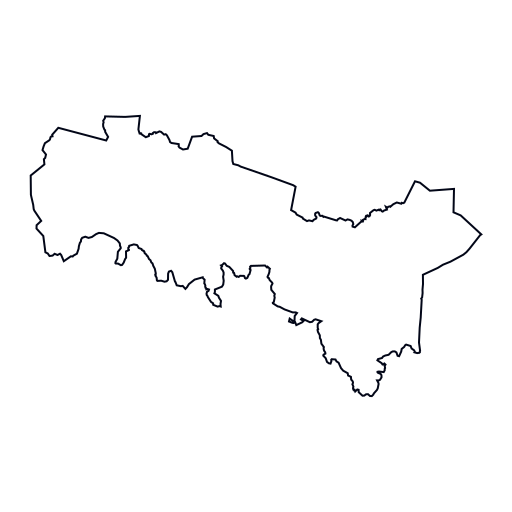 the district of Zvirgzdenes pag., Ciblas, Latvia
{"feature_id": "27541924B83087939381555", "entity_name": "Zvirgzdenes pag.", "entity_type": "district", "adm_level": 2, "iso_a3": "LVA", "parent_name": "Latvia", "parent_adm1": "Ciblas", "projection": "orthographic", "projection_center": [27.712, 56.569], "detail": "fine", "context": "isolated", "style": "outline", "palette": "ink", "viewbox_px": 512, "rotation_deg": 0, "n_neighbors": 0, "source": "geoboundaries", "source_scale": "gbopen_adm2", "svg_char_len": 6066}
<svg xmlns="http://www.w3.org/2000/svg" viewBox="0 0 512 512"><path d="M44.4,164.4L30.7,175.5L30.9,194.7L31.2,196.2L33.2,204.8L33.7,209.1L34.3,210.6L41.2,220.9L36.6,225.2L36.5,228.6L43.3,236.0L45.4,252.3L47.8,253.5L49.5,256.0L52.6,255.6L54.6,253.8L57.5,255.0L60.0,253.7L61.2,255.0L63.8,261.2L70.9,256.3L72.7,256.5L73.3,255.7L76.9,253.7L78.6,248.8L78.9,246.2L79.9,242.8L80.9,241.5L81.1,239.5L82.2,237.8L85.3,236.7L88.5,237.9L91.9,237.0L96.1,234.1L98.9,232.9L103.8,233.3L114.0,238.0L117.5,240.5L119.8,243.4L120.0,245.7L120.7,247.3L120.7,248.3L117.9,251.8L117.3,258.7L115.5,262.0L115.4,263.2L115.7,263.5L118.1,263.6L120.9,265.2L122.1,264.9L123.7,262.6L125.1,259.1L126.1,257.7L126.0,251.4L128.9,250.1L128.9,249.6L128.3,249.1L128.3,247.7L129.0,247.0L129.2,245.8L133.8,244.4L136.9,245.0L137.5,245.6L138.7,248.0L141.5,249.0L142.0,250.1L143.7,250.8L143.6,251.3L144.5,252.0L144.7,253.2L146.4,254.6L146.8,255.7L147.7,256.2L149.0,259.0L150.5,260.3L151.3,262.4L152.5,263.4L153.3,265.9L154.8,268.7L155.8,273.4L155.7,274.1L155.3,274.4L155.7,275.2L155.4,275.7L156.6,277.6L156.9,280.3L157.4,280.9L161.2,280.7L164.5,281.7L166.6,281.3L168.0,279.8L168.1,273.7L168.4,272.8L168.9,271.6L171.1,270.8L172.3,272.2L175.0,281.6L175.4,281.9L176.7,285.3L180.9,286.2L182.7,285.9L185.4,288.9L187.0,287.2L188.9,284.1L194.6,279.6L202.7,277.3L202.8,278.0L204.6,279.7L204.3,283.5L204.9,284.2L205.4,285.9L205.2,286.4L205.5,287.8L206.1,288.1L206.3,289.3L207.5,289.0L209.0,289.5L208.5,290.9L207.0,291.8L206.5,293.8L206.8,295.2L207.3,295.6L207.9,297.1L211.0,301.9L213.1,303.3L213.2,304.8L217.6,306.6L219.5,306.1L220.7,306.5L220.5,304.0L221.0,300.9L219.0,297.8L218.3,295.8L214.4,293.3L214.9,292.1L214.9,289.5L221.9,286.7L223.2,284.6L223.7,280.8L223.1,276.8L223.6,274.5L223.6,272.5L222.9,270.7L221.2,268.5L221.3,267.4L222.0,266.4L221.1,265.4L222.2,265.0L224.0,263.2L225.0,263.5L226.7,265.8L229.3,266.9L233.1,271.0L233.2,272.6L234.1,273.0L234.6,275.2L236.6,276.7L237.1,276.3L238.7,276.9L240.1,275.8L243.9,275.9L244.3,276.2L245.0,278.1L245.9,278.6L247.3,277.9L248.7,274.7L249.5,274.1L250.6,270.0L249.8,269.3L249.7,268.7L250.4,267.9L250.1,266.7L250.9,265.9L265.0,265.5L267.0,267.4L267.6,266.7L269.9,268.8L269.5,269.6L269.4,271.9L268.8,273.9L267.5,276.9L267.9,277.7L268.8,278.0L269.7,280.1L272.2,282.7L272.5,283.6L271.3,285.8L271.1,286.9L271.3,289.8L274.8,294.0L274.3,295.8L274.7,297.6L273.8,302.0L272.8,302.8L272.9,303.3L277.7,306.4L279.7,306.8L284.5,309.4L292.7,312.4L295.8,312.4L297.0,313.0L294.7,316.0L294.5,320.9L292.9,320.9L289.7,318.6L289.0,321.5L292.3,322.8L293.6,323.0L295.2,322.3L296.3,325.1L302.2,322.3L303.5,321.0L301.0,319.4L301.8,318.4L309.9,322.2L312.1,321.8L314.1,319.8L315.6,319.3L321.3,321.2L318.6,323.1L317.7,324.3L317.7,327.9L318.2,329.2L317.5,329.9L318.0,332.0L319.8,335.3L319.9,338.1L320.9,339.8L321.4,343.7L323.9,347.1L323.6,347.8L323.7,349.2L324.1,350.7L325.2,352.3L325.4,353.6L323.5,354.7L323.3,355.7L325.7,358.2L327.0,361.9L328.9,363.3L330.5,363.6L331.4,361.1L331.2,359.8L331.7,359.2L335.5,359.5L336.5,361.4L338.6,362.7L341.0,368.1L343.2,370.7L347.7,373.2L348.1,375.5L350.9,376.8L351.2,379.6L352.4,380.9L353.0,382.2L352.8,383.6L352.4,384.2L353.4,386.7L353.0,388.1L353.3,389.3L353.6,389.2L354.0,390.2L354.6,390.0L355.2,391.5L357.3,389.5L358.6,389.8L358.7,392.2L362.5,395.7L364.3,395.6L366.0,394.3L368.0,394.2L370.0,396.0L371.8,396.1L373.4,394.5L373.7,393.6L376.9,390.0L377.7,388.5L378.6,384.0L378.4,382.9L377.1,380.4L378.9,380.4L380.0,379.8L381.5,377.4L381.5,375.8L381.3,374.8L380.6,373.9L378.0,372.8L377.5,372.3L377.5,371.8L378.9,371.5L383.7,372.1L384.7,370.3L384.7,368.8L385.1,368.0L384.7,366.0L385.5,364.6L384.3,363.5L383.1,364.6L382.5,364.5L381.7,363.2L377.4,360.3L378.0,359.1L382.0,358.0L383.1,356.5L385.3,355.5L388.6,354.8L391.3,352.1L392.8,351.4L394.8,351.4L396.4,352.4L397.6,355.8L399.1,356.2L401.2,351.6L401.7,348.9L404.2,346.9L405.1,345.3L406.1,344.6L410.6,346.0L411.6,348.5L414.1,350.3L415.0,352.1L414.7,352.4L417.2,353.1L419.3,352.8L419.9,352.2L419.8,351.2L420.1,350.8L419.0,342.5L419.7,327.6L420.7,317.6L421.7,299.7L421.2,298.6L422.1,297.5L422.6,293.1L422.5,289.6L423.0,284.0L422.9,274.8L437.8,267.9L443.0,264.7L450.4,261.7L463.3,254.7L466.4,252.2L469.5,248.7L480.1,235.2L481.3,234.4L460.7,215.4L453.5,212.3L454.0,188.9L429.9,190.7L420.0,182.7L415.0,181.3L404.3,202.6L403.0,203.2L401.7,202.8L401.2,203.7L396.8,202.5L393.3,204.2L390.4,206.7L390.1,206.3L388.2,206.8L387.4,207.7L385.9,206.8L386.9,209.6L384.1,210.5L382.7,211.6L381.7,211.2L380.5,209.5L379.3,210.2L378.9,209.6L376.4,210.6L374.7,209.8L373.5,210.2L370.0,213.0L370.1,215.1L369.4,216.3L368.6,216.5L367.7,215.3L366.1,215.8L365.8,216.6L366.2,216.9L365.5,217.8L365.5,219.1L364.6,219.0L362.9,219.9L363.1,220.9L362.9,221.4L361.7,220.9L361.9,221.6L361.1,221.7L354.9,227.3L352.6,226.6L352.5,225.5L353.3,224.1L352.8,222.1L351.5,220.7L349.7,219.9L347.5,219.4L345.5,220.5L340.1,218.0L337.8,219.3L337.2,220.4L336.3,220.4L324.0,216.6L323.4,216.9L322.5,215.8L320.3,215.9L319.6,215.2L318.9,213.1L317.9,212.2L315.6,213.0L315.1,213.9L315.2,215.5L316.5,217.2L316.2,218.5L313.6,219.9L312.5,221.2L309.0,220.4L307.0,221.1L302.9,218.6L302.6,217.6L296.7,214.6L295.5,212.6L291.1,210.1L295.6,186.7L293.2,185.2L271.3,177.2L240.7,166.6L238.3,165.3L233.3,164.0L232.5,161.2L231.9,150.7L226.1,147.0L219.0,143.4L217.6,142.2L217.7,141.2L214.1,138.4L213.7,136.0L208.3,134.8L207.0,133.1L203.5,134.1L201.5,136.0L192.1,136.7L187.7,148.7L183.0,149.5L179.5,147.6L178.6,146.4L178.8,145.4L178.7,144.1L171.5,143.0L170.1,142.1L169.4,139.9L166.9,135.3L165.7,134.2L164.1,134.6L161.1,131.9L159.4,131.4L156.0,133.1L155.7,132.3L154.1,132.2L152.8,133.1L152.8,133.8L151.5,134.3L149.6,133.8L149.0,134.2L148.9,136.0L145.8,137.2L141.1,134.0L141.2,133.4L140.9,133.2L139.6,133.5L138.8,131.0L138.4,129.4L139.9,115.9L125.1,116.9L105.1,116.4L104.9,118.2L103.2,120.7L103.6,122.4L103.1,124.0L103.2,126.5L104.4,129.6L105.1,130.2L105.2,131.9L108.1,136.9L106.2,140.5L58.3,127.8L52.2,134.7L52.5,136.3L51.2,136.5L50.5,137.2L50.0,139.3L49.4,140.2L44.9,143.2L43.6,146.4L42.5,150.1L46.0,154.5L45.2,157.9L43.9,159.2L44.4,164.4Z" fill="none" stroke="#020617" stroke-width="2"/></svg>